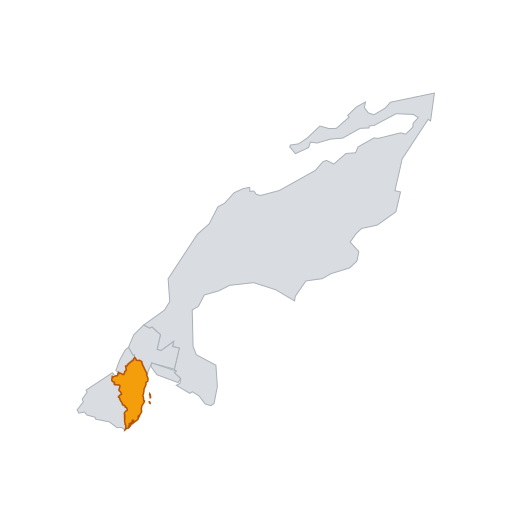 Honduras highlighted among its neighbors, rotated 103°
{"feature_id": "HND", "entity_name": "Honduras", "entity_type": "country or territory", "adm_level": 0, "iso_a3": "HND", "parent_name": "North America", "parent_adm1": "", "projection": "mercator", "projection_center": [-86.242, 14.747], "detail": "fine", "context": "with_neighbors", "style": "filled", "palette": "amber", "viewbox_px": 512, "rotation_deg": 103, "n_neighbors": 5, "source": "natural_earth", "source_scale": "50m", "svg_char_len": 5037}
<svg xmlns="http://www.w3.org/2000/svg" viewBox="0 0 512 512"><g transform="rotate(103 256 256)"><path d="M57.1,118.8L85.2,116.3L84.1,119.0L128.5,135.4L161.1,135.3L161.1,129.6L181.4,129.6L198.6,144.8L205.4,159.3L211.5,163.4L221.2,167.4L228.6,156.8L238.1,156.5L246.4,161.9L256.3,178.9L263.2,186.4L269.1,201.8L286.5,208.7L291.1,208.3L284.5,229.0L282.5,252.3L290.5,275.1L298.3,284.4L305.6,297.6L318.0,300.8L322.9,306.0L358.2,297.0L365.7,291.9L371.4,270.5L391.8,264.3L409.2,263.7L412.0,266.3L411.6,272.4L405.3,279.8L402.6,287.4L404.7,289.6L400.0,304.6L397.1,301.4L392.4,301.8L388.2,309.2L386.1,307.8L384.7,310.1L363.0,310.0L363.0,316.9L357.7,317.0L369.6,327.3L369.3,331.4L354.2,331.4L348.6,341.4L350.3,343.6L348.6,350.0L329.3,333.0L319.8,329.8L297.9,336.5L247.9,318.0L235.1,308.8L216.6,304.2L211.7,298.5L199.2,291.5L193.3,283.7L190.5,277.6L194.4,276.4L193.2,272.8L195.9,269.5L196.0,265.2L187.0,248.1L159.2,217.4L149.2,212.1L147.0,208.9L148.8,200.8L135.9,191.4L133.0,182.2L126.7,181.1L114.4,167.6L113.9,163.4L103.5,142.9L103.6,137.6L95.2,132.2L91.3,132.8L84.6,129.0L82.7,134.6L85.8,151.4L102.2,170.3L103.8,174.9L105.8,174.7L108.2,183.3L121.6,198.0L125.5,210.1L132.2,221.9L132.8,228.6L138.5,229.1L147.4,240.6L142.2,247.6L140.2,247.5L137.1,239.7L129.4,232.5L115.0,223.0L115.4,213.5L113.6,206.5L99.9,196.6L98.4,198.3L88.2,191.7L81.3,184.0L87.0,183.8L91.3,178.8L91.8,172.8L82.8,163.3L75.9,159.6L57.1,118.8Z" fill="#d9dde1" stroke="#a8b0b8" stroke-width="1"/><path d="M449.0,393.2L446.2,395.7L437.1,391.5L434.4,393.1L426.7,389.9L424.9,391.4L402.0,369.6L403.3,367.8L405.2,369.6L409.8,368.2L412.9,365.4L412.7,359.5L417.9,359.3L420.4,356.0L423.9,358.5L431.3,352.2L434.1,346.9L439.7,349.0L450.9,344.2L454.9,344.5L453.3,348.3L454.5,352.8L450.6,361.7L451.1,375.5L449.3,376.7L449.0,385.0L446.6,388.0L449.0,393.2Z" fill="#d9dde1" stroke="#a8b0b8" stroke-width="1"/><path d="M382.3,351.4L392.2,358.4L397.4,356.9L401.4,359.1L399.2,366.8L388.2,365.4L376.9,362.3L373.6,359.7L380.2,353.5L379.5,352.1L382.3,351.4Z" fill="#d9dde1" stroke="#a8b0b8" stroke-width="1"/><path d="M348.6,350.0L350.3,343.6L348.6,341.4L354.2,331.4L369.3,331.4L369.6,327.3L357.7,317.0L363.0,316.9L363.0,310.0L384.7,310.1L383.7,333.6L395.5,335.6L384.6,343.6L384.7,348.3L382.3,351.4L379.5,352.1L380.2,353.5L373.6,359.7L360.3,357.4L348.6,350.0Z" fill="#d9dde1" stroke="#a8b0b8" stroke-width="1"/><path d="M383.7,333.6L386.1,307.8L388.2,309.2L392.4,301.8L396.9,303.5L394.0,325.8L387.2,333.6L383.7,333.6Z" fill="#d9dde1" stroke="#a8b0b8" stroke-width="1"/><path d="M454.8,344.5L451.8,344.3L450.4,344.7L449.8,345.5L449.2,345.9L448.8,345.8L447.9,346.2L446.5,346.9L445.3,347.2L444.2,347.0L443.9,347.2L443.8,347.4L443.6,347.7L443.2,347.8L442.7,347.7L442.2,347.5L441.9,347.6L441.8,348.1L441.5,348.2L441.0,348.0L440.3,348.1L439.6,348.7L438.7,348.9L437.4,348.5L436.4,347.9L435.7,347.0L434.9,346.7L433.4,347.4L432.8,348.2L432.7,348.7L432.8,349.2L432.6,349.5L431.9,349.6L431.4,350.2L431.0,351.1L430.9,351.8L431.1,352.4L430.8,352.7L429.9,353.0L428.9,353.8L427.7,355.2L426.5,356.2L425.3,356.7L424.7,357.3L424.7,358.0L424.4,358.3L424.0,358.4L421.7,356.9L421.1,355.9L420.5,356.1L419.8,356.6L418.7,357.7L417.7,359.3L417.1,359.5L414.4,359.2L412.9,359.4L412.7,359.6L412.5,360.1L412.6,360.9L413.0,363.7L413.2,364.8L413.0,365.1L412.3,365.2L411.3,365.3L410.8,365.9L410.7,366.4L410.6,367.1L410.3,367.9L409.7,368.5L409.1,368.7L405.9,368.8L405.9,367.5L405.0,367.0L404.5,366.0L404.0,365.2L404.1,364.8L404.1,364.3L402.8,363.9L401.5,364.2L400.8,364.0L400.3,363.7L401.2,363.1L401.3,362.7L401.0,362.5L400.7,362.3L400.8,361.6L400.9,360.7L401.5,358.8L401.3,358.4L400.4,357.8L399.4,357.8L398.2,358.0L397.7,357.7L397.2,357.0L396.4,356.7L394.9,357.2L393.3,358.0L392.9,358.3L392.5,358.3L392.3,357.7L392.2,356.9L391.3,356.5L390.3,356.3L389.8,356.1L389.4,355.6L388.2,355.0L388.0,354.5L386.4,353.5L386.1,352.9L385.7,352.5L385.0,352.0L384.4,352.2L382.5,351.5L382.2,351.5L382.4,350.9L383.1,350.1L384.4,349.2L384.5,348.4L384.2,347.0L383.8,346.0L384.0,345.6L384.4,343.9L384.7,343.5L386.7,342.7L386.9,342.6L388.4,341.4L390.1,340.0L391.9,338.6L393.9,336.9L394.9,336.0L395.4,335.6L396.6,335.9L397.5,335.1L398.0,334.9L399.2,333.9L399.6,333.7L401.6,333.3L402.6,333.4L403.4,334.3L404.1,334.8L405.4,334.4L406.5,334.3L410.9,335.2L412.7,334.8L415.9,334.7L417.4,334.9L419.4,333.7L420.7,333.4L422.3,332.8L422.1,332.2L421.7,332.0L424.1,332.2L427.6,333.5L431.3,333.3L432.7,332.6L433.6,332.4L437.4,333.7L438.4,334.7L439.2,334.8L439.8,334.5L440.0,334.3L439.2,334.1L438.9,333.8L441.9,334.4L447.6,339.1L447.7,339.5L445.3,338.1L444.0,338.2L443.7,338.4L443.7,339.2L443.8,339.5L444.4,339.6L444.8,339.4L445.8,339.6L446.5,340.1L447.3,340.9L447.8,341.7L448.3,341.8L448.8,341.2L449.8,341.2L450.4,341.8L450.8,341.7L450.2,340.8L448.7,340.0L449.1,339.9L452.3,341.5L453.3,343.5L454.0,343.9L454.8,344.5ZM416.6,327.6L414.7,328.6L414.2,328.6L415.0,327.8L416.4,327.2L417.6,326.9L418.5,327.0L416.6,327.6ZM423.0,326.6L422.2,327.3L422.0,327.0L422.4,326.4L423.0,326.0L423.5,326.0L423.4,326.3L423.0,326.6Z" fill="#f59e0b" stroke="#b45309" stroke-width="1.5"/></g></svg>